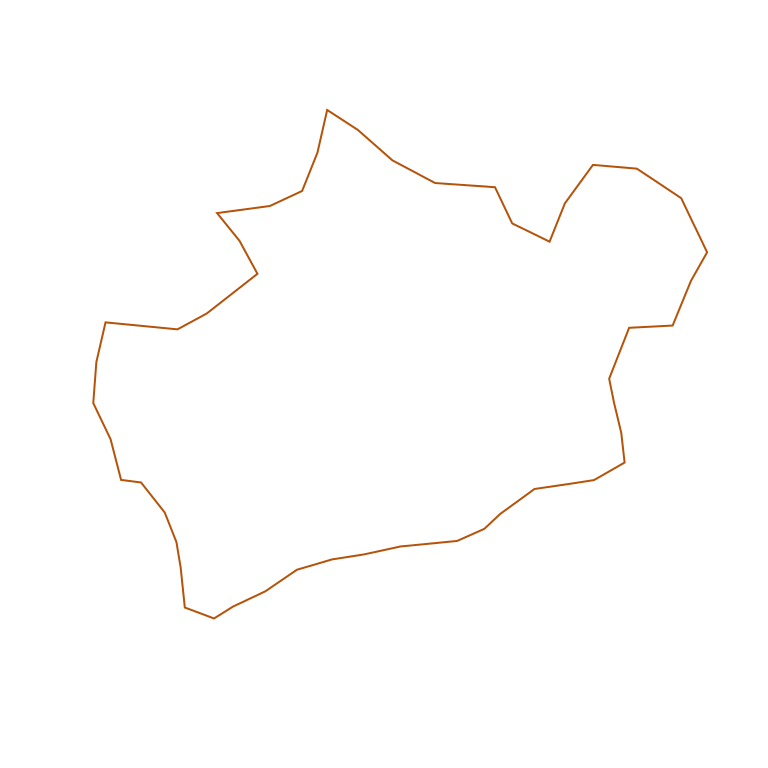 Astromeritis, Nicosia, Cyprus, rotated 193°
{"feature_id": "46923920B14143011196378", "entity_name": "Astromeritis", "entity_type": "district", "adm_level": 2, "iso_a3": "CYP", "parent_name": "Cyprus", "parent_adm1": "Nicosia", "projection": "albers", "projection_center": [33.031, 35.133], "detail": "fine", "context": "isolated", "style": "outline", "palette": "amber", "viewbox_px": 768, "rotation_deg": 193, "n_neighbors": 0, "source": "geoboundaries", "source_scale": "gbopen_adm2", "svg_char_len": 813}
<svg xmlns="http://www.w3.org/2000/svg" viewBox="0 0 768 768"><g transform="rotate(193 384 384)"><path d="M618.6,231.4L598.6,233.4L568.7,209.4L550.7,183.3L540.8,159.3L527.8,121.4L496.9,117.3L480.9,133.3L453.0,155.3L427.1,183.4L395.2,201.4L365.3,213.4L331.4,229.4L277.5,247.5L253.6,265.5L241.6,283.5L213.7,315.6L177.8,329.6L157.8,337.6L131.9,361.6L141.8,389.7L155.8,417.8L165.8,439.8L157.8,493.9L115.9,505.9L108.1,553.6L98.8,585.0L115.5,606.0L117.5,608.4L136.2,631.9L163.7,642.3L186.1,650.7L229.7,644.5L248.4,600.7L254.7,559.9L295.2,569.3L320.1,600.7L379.4,591.3L426.1,603.8L466.7,625.7L501.0,638.2L500.9,594.4L507.2,553.7L535.2,531.8L585.1,513.0L557.0,491.0L532.1,462.9L572.6,412.8L597.5,390.8L669.2,381.4L669.2,340.7L663.0,300.0L638.0,268.7L618.6,231.4Z" fill="none" stroke="#b45309" stroke-width="2"/></g></svg>